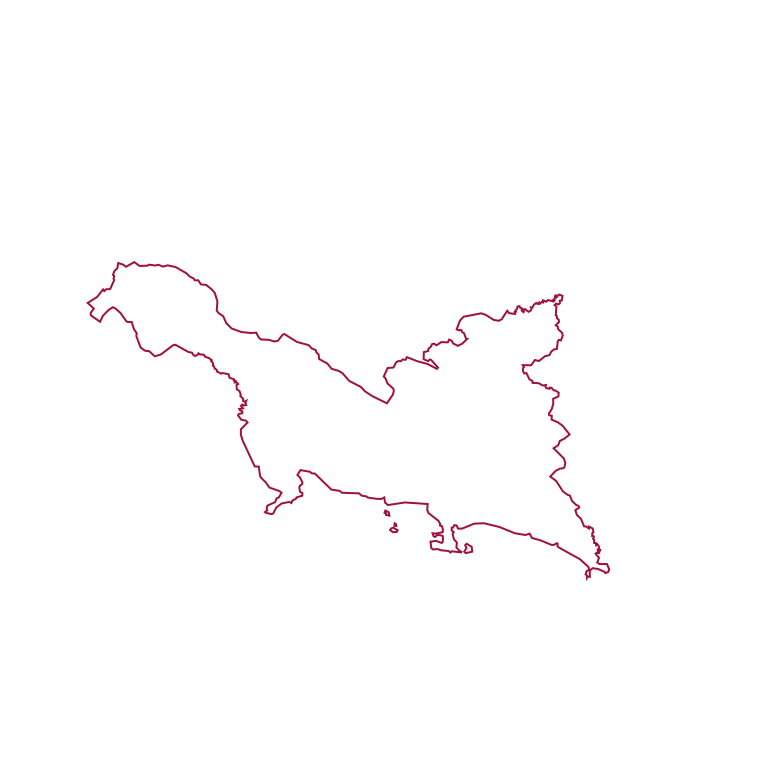 the district of Sikao, Trang, Thailand, rotated 304°
{"feature_id": "78962969B32337273254454", "entity_name": "Sikao", "entity_type": "district", "adm_level": 2, "iso_a3": "THA", "parent_name": "Thailand", "parent_adm1": "Trang", "projection": "robinson", "projection_center": [99.375, 7.613], "detail": "fine", "context": "isolated", "style": "outline", "palette": "rose", "viewbox_px": 768, "rotation_deg": 304, "n_neighbors": 0, "source": "geoboundaries", "source_scale": "gbopen_adm2", "svg_char_len": 6162}
<svg xmlns="http://www.w3.org/2000/svg" viewBox="0 0 768 768"><g transform="rotate(304 384 384)"><path d="M556.9,482.7L556.1,479.2L554.5,478.9L553.4,476.6L551.9,476.9L552.2,478.5L547.9,477.1L548.4,478.6L547.2,478.5L545.3,472.9L543.2,472.7L542.5,469.8L542.1,470.5L541.6,469.5L540.5,470.2L540.2,468.8L537.5,468.4L536.9,467.3L537.8,466.8L536.2,466.3L536.3,464.8L533.3,463.9L530.4,464.3L529.7,463.0L529.1,464.1L527.1,464.6L524.7,463.5L524.9,458.9L524.0,458.1L522.8,459.0L522.9,457.7L521.6,458.6L521.9,457.0L523.8,456.0L523.4,454.0L524.3,452.8L522.8,451.3L520.9,452.4L518.8,451.8L517.8,453.0L516.9,452.0L515.4,453.5L512.7,448.2L513.6,445.2L503.5,445.4L500.6,443.8L498.5,439.2L498.2,429.6L496.9,425.0L484.3,412.4L479.1,411.5L469.9,413.7L470.5,416.5L471.6,416.9L471.9,418.2L470.8,419.3L470.9,421.9L467.3,426.8L467.8,427.7L461.2,426.3L456.9,423.8L456.3,418.8L457.6,416.0L457.3,413.2L454.2,413.6L450.8,408.1L445.5,405.9L445.4,402.9L444.2,401.6L440.3,401.9L438.3,401.1L435.9,402.1L432.7,399.2L426.7,403.0L427.7,407.8L430.0,408.3L430.3,409.7L427.8,419.6L426.1,419.3L424.9,408.7L421.5,398.9L419.1,388.0L416.1,388.3L414.7,385.7L412.3,385.2L411.0,383.0L408.9,382.0L402.9,382.6L399.3,378.1L390.1,379.6L389.6,382.0L386.4,386.6L385.3,394.5L383.7,396.0L380.1,397.3L369.6,397.2L367.4,381.1L367.3,372.6L368.6,366.3L367.1,353.5L369.7,343.8L369.5,338.9L367.3,332.1L369.3,325.5L368.4,316.3L372.0,313.2L372.3,310.5L373.9,308.5L373.1,304.0L374.1,299.8L370.2,288.4L369.7,273.4L368.2,272.4L360.5,271.9L357.8,269.1L356.4,264.1L352.1,257.1L352.6,254.0L355.1,249.3L351.8,245.1L347.3,236.6L344.8,226.5L346.3,219.2L350.3,212.7L350.3,207.2L351.3,204.3L359.3,199.7L364.8,192.9L366.0,189.0L366.7,181.3L364.2,176.4L366.1,172.1L364.1,169.0L365.0,167.4L364.5,162.7L365.3,158.4L364.4,145.8L361.4,138.3L357.7,135.1L356.7,130.3L354.3,128.1L351.5,122.4L349.8,121.7L345.2,115.4L345.4,108.8L337.0,104.6L337.1,100.9L335.6,96.0L330.8,98.2L326.7,97.3L322.8,98.4L322.7,99.9L319.9,101.0L319.3,102.2L309.5,103.9L307.3,100.8L304.6,100.1L305.3,98.2L295.7,97.5L285.5,93.0L284.3,101.2L278.7,101.1L277.0,102.7L276.8,113.8L283.4,112.8L291.4,114.3L296.0,116.2L296.4,119.5L295.5,125.9L292.0,135.1L292.1,136.8L294.3,140.3L289.7,145.9L287.8,150.6L285.2,151.9L278.1,161.8L278.0,167.4L279.9,171.0L278.8,178.5L283.7,182.5L298.1,187.4L299.9,189.2L301.2,204.2L302.6,207.1L301.4,210.0L301.7,211.8L304.2,213.2L305.7,213.0L305.7,215.0L307.6,218.4L306.5,220.5L307.6,224.2L307.4,227.8L306.4,227.7L305.6,230.9L303.6,231.7L303.5,233.3L302.1,235.0L302.3,237.3L301.0,238.5L301.5,243.2L302.7,243.8L305.2,249.7L302.8,252.4L304.0,257.1L302.8,257.6L303.5,259.1L301.9,259.5L303.0,260.8L302.4,263.0L301.0,262.2L297.2,264.9L297.4,268.0L295.1,271.2L293.7,271.6L293.0,275.6L291.2,276.5L291.3,278.3L293.0,279.2L290.6,279.8L289.5,281.5L287.8,279.9L287.7,278.1L286.0,277.6L284.9,280.7L282.4,277.9L281.6,279.2L282.1,281.8L280.5,282.9L278.0,280.4L276.4,280.5L274.6,285.6L276.4,290.0L275.8,292.4L266.4,290.7L261.9,293.7L258.0,298.5L243.4,322.9L245.5,326.4L238.5,332.6L237.5,334.7L236.4,340.6L234.1,347.0L236.8,357.2L236.5,359.9L231.2,360.2L229.0,358.9L225.2,359.8L218.0,355.4L215.9,355.8L213.9,357.9L211.2,356.9L211.1,358.0L213.2,363.4L214.6,364.6L221.4,363.8L227.7,365.9L233.3,371.5L233.5,373.8L236.0,373.2L240.0,375.3L241.0,374.9L245.7,378.7L248.0,377.3L247.6,374.9L250.6,371.8L252.6,371.1L255.1,372.1L256.6,371.6L259.6,366.5L260.1,363.1L265.9,362.9L269.9,371.9L269.5,373.9L271.1,376.9L267.0,399.4L270.6,407.0L270.3,409.9L279.4,424.5L279.0,427.9L281.0,432.4L280.8,434.1L284.5,441.7L287.0,445.9L290.1,447.7L286.3,451.1L285.8,454.9L297.5,467.6L308.9,487.3L303.6,490.4L301.9,493.0L301.0,505.7L299.3,509.0L298.0,509.4L298.5,511.7L296.1,514.4L294.0,515.5L289.1,510.8L287.4,507.7L285.4,510.4L285.7,511.7L288.7,512.8L290.3,515.6L290.8,517.6L288.9,519.4L285.6,521.1L284.5,520.7L283.1,515.0L279.3,510.7L274.4,515.0L274.2,517.0L277.2,520.9L278.0,524.2L281.7,531.0L281.4,533.3L283.1,533.6L287.6,542.2L288.2,542.0L287.9,539.9L289.0,535.4L293.3,533.1L294.4,528.7L298.1,524.7L300.2,524.7L300.5,521.9L302.8,520.4L303.7,521.5L306.3,521.2L307.3,523.4L305.5,526.2L307.8,529.6L318.7,536.9L324.6,545.0L330.0,559.7L333.4,575.8L337.9,585.7L341.4,588.4L339.1,592.7L341.9,601.2L344.4,613.3L345.9,615.0L348.7,616.3L348.6,617.3L346.4,618.7L346.2,620.2L348.3,644.4L346.7,655.6L344.7,658.3L342.5,656.6L338.9,657.6L338.8,659.2L336.8,660.7L338.3,660.6L339.2,662.5L344.4,658.9L348.0,660.0L350.4,665.0L351.6,672.4L351.0,673.3L353.5,675.0L356.2,674.4L359.4,669.6L355.2,663.3L355.2,660.6L360.2,659.4L361.6,654.3L362.8,654.6L364.1,656.8L367.5,656.0L367.2,655.2L365.4,655.7L365.1,654.6L365.9,653.8L368.3,654.0L369.6,652.8L370.5,650.4L369.0,650.0L370.6,648.6L369.7,647.1L372.3,645.3L372.6,643.8L374.5,643.7L375.1,642.5L374.4,641.6L376.7,640.1L378.1,640.6L380.9,637.8L380.4,633.6L378.8,634.6L378.8,631.2L377.9,629.4L382.3,622.8L383.3,617.1L386.4,613.2L390.7,615.0L391.7,613.3L391.2,611.0L392.1,605.5L395.5,600.3L394.8,598.4L395.0,592.5L399.9,580.8L400.2,573.6L408.1,574.9L412.2,577.2L414.6,579.9L416.2,580.0L419.7,578.6L422.8,574.9L425.6,560.5L430.7,562.7L435.1,561.6L439.6,564.1L445.9,566.1L449.2,555.8L449.5,549.7L448.2,542.9L451.5,540.8L450.5,538.4L451.7,537.2L457.0,537.1L462.2,535.4L466.3,532.5L471.2,535.5L474.5,533.7L474.5,529.8L473.7,528.6L474.5,524.7L473.6,523.4L472.6,523.9L471.3,520.9L471.8,519.6L473.7,518.8L471.5,516.4L471.2,511.9L468.0,506.5L469.5,505.4L469.2,501.9L472.7,496.0L471.2,494.5L472.3,492.1L474.7,490.4L476.2,490.6L477.2,488.5L481.8,495.5L488.3,495.7L489.7,499.6L497.0,501.9L500.4,505.0L504.5,504.6L507.6,505.5L509.8,507.7L516.6,504.1L518.5,504.4L519.0,506.3L524.2,505.1L526.0,502.9L526.9,497.7L528.7,496.0L528.7,493.6L533.4,494.4L534.9,492.9L535.2,490.8L537.1,489.1L537.0,488.0L544.8,483.5L544.8,481.3L546.9,481.7L547.6,484.1L549.3,484.7L551.4,483.1L552.7,484.7L556.9,482.7ZM298.0,547.8L297.8,541.9L295.8,541.4L294.1,544.1L289.8,544.3L289.5,546.3L294.3,550.9L298.0,547.8ZM270.4,477.1L270.1,472.1L268.1,470.6L266.3,470.7L266.2,474.5L268.6,477.3L270.4,477.1ZM279.9,455.9L277.5,456.5L277.9,457.9L276.6,458.8L277.9,462.0L280.3,459.7L279.9,455.9ZM273.2,473.6L274.6,472.1L274.5,470.8L272.3,471.9L273.2,473.6Z" fill="none" stroke="#9f1239" stroke-width="2"/></g></svg>